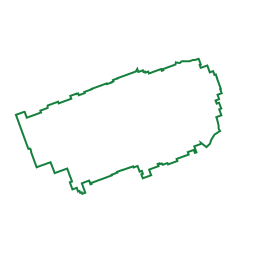 outline of Tammin, Western Australia, Australia, rotated 250°
{"feature_id": "25037944B7078020583356", "entity_name": "Tammin", "entity_type": "district", "adm_level": 2, "iso_a3": "AUS", "parent_name": "Australia", "parent_adm1": "Western Australia", "projection": "orthographic", "projection_center": [117.495, -31.605], "detail": "fine", "context": "isolated", "style": "outline", "palette": "green", "viewbox_px": 256, "rotation_deg": 250, "n_neighbors": 0, "source": "geoboundaries", "source_scale": "gbopen_adm2", "svg_char_len": 4792}
<svg xmlns="http://www.w3.org/2000/svg" viewBox="0 0 256 256"><g transform="rotate(250 128 128)"><path d="M93.7,213.5L95.9,213.0L96.2,213.0L96.9,213.1L98.3,213.6L99.5,214.0L100.5,214.1L101.2,214.2L102.8,214.4L103.8,214.5L104.3,214.5L105.1,214.6L105.6,214.7L105.8,214.7L106.1,214.7L106.9,214.7L107.1,214.7L107.8,214.7L108.0,214.7L108.0,220.1L114.3,220.1L114.4,222.3L116.7,222.2L120.6,222.2L120.6,219.7L123.9,219.7L123.9,221.7L123.9,222.1L123.9,222.6L123.9,222.8L124.0,223.5L124.7,223.5L128.6,223.5L128.6,224.6L128.6,225.4L128.6,225.5L128.6,227.7L128.6,227.9L133.0,227.9L133.0,228.6L144.6,228.6L144.6,228.8L148.3,228.8L148.3,227.4L152.3,227.4L152.3,224.5L152.3,223.9L159.6,223.9L159.6,218.0L159.7,216.9L162.7,216.9L162.7,218.1L168.7,218.1L168.8,218.1L168.9,217.9L168.9,217.6L168.9,217.1L168.9,216.4L168.9,215.1L168.9,214.9L168.9,214.7L169.0,214.5L169.2,213.8L169.5,213.0L169.6,212.5L169.7,212.2L169.7,211.9L169.7,211.5L169.7,210.9L169.7,209.8L169.7,208.9L169.8,208.5L169.8,208.3L169.8,208.2L170.1,207.4L170.5,206.4L170.8,205.6L171.2,204.5L171.5,203.6L171.8,202.8L172.0,202.3L172.2,201.8L172.2,201.6L172.2,201.3L172.2,201.2L172.2,200.9L172.2,200.7L171.9,200.2L171.7,199.8L171.6,199.7L171.5,199.4L171.4,199.2L171.4,198.9L171.5,198.7L171.6,198.4L171.8,198.0L172.0,197.6L172.2,197.3L172.3,197.1L172.5,196.9L172.6,196.4L172.8,196.0L172.9,195.8L173.1,195.5L173.2,195.4L172.8,195.2L172.3,194.8L171.4,194.3L171.4,194.2L171.4,180.9L170.2,180.9L170.2,179.3L172.1,179.3L172.1,171.4L172.1,169.8L172.0,168.1L172.1,166.9L172.1,166.3L174.1,166.3L174.1,163.2L175.3,163.2L175.3,161.7L177.1,161.7L177.1,156.9L180.3,156.9L179.7,156.2L179.2,155.6L178.5,154.7L178.4,154.7L178.4,153.9L178.4,153.7L178.4,153.4L178.4,153.1L178.4,152.9L178.4,152.6L178.4,152.4L178.4,152.2L178.4,151.9L178.4,151.5L178.4,151.3L178.4,151.1L178.4,150.9L178.4,150.7L178.4,150.4L178.4,150.2L178.4,149.9L178.4,149.2L178.4,148.7L178.4,148.2L178.4,147.9L178.4,147.7L178.4,147.4L178.4,147.2L178.4,146.8L178.4,145.7L178.4,145.8L178.4,135.0L178.1,135.0L178.1,134.6L178.2,134.4L178.2,130.3L176.8,130.3L176.8,128.4L176.4,128.4L176.4,123.2L177.2,123.2L177.2,107.1L176.8,107.1L176.8,99.3L175.6,99.3L175.6,98.3L175.6,97.9L175.6,97.3L175.6,96.2L175.6,95.2L175.6,94.0L175.6,93.0L177.5,93.0L177.5,91.2L177.9,91.2L177.9,84.7L174.9,84.7L174.9,74.4L174.8,71.3L176.6,71.3L176.6,71.2L176.6,60.2L175.4,59.7L174.3,59.3L174.3,51.6L173.5,51.6L172.3,51.6L172.3,36.4L174.3,36.4L175.8,36.4L177.4,36.4L178.5,36.4L178.7,35.3L178.7,34.2L178.7,32.9L178.7,31.1L178.7,29.9L178.7,29.5L178.7,27.2L175.3,27.2L172.3,27.2L169.4,27.2L168.0,27.2L166.1,27.2L165.5,27.2L162.8,27.2L159.9,27.2L159.1,27.2L157.8,27.2L156.2,27.2L154.7,27.2L151.6,27.2L149.4,27.2L144.4,27.2L143.0,27.2L142.8,27.2L142.7,27.2L142.6,27.3L142.4,27.4L142.3,27.5L142.3,27.8L142.3,28.5L142.2,28.8L142.0,29.0L141.9,29.1L141.7,29.1L140.8,29.1L139.7,29.1L139.3,29.0L139.0,28.9L138.8,28.8L138.6,28.8L138.4,28.7L137.6,28.7L136.6,28.7L135.6,28.7L135.0,28.7L134.8,28.7L134.7,28.7L133.4,28.7L131.1,28.7L130.5,28.7L130.0,28.7L128.9,28.7L128.4,28.7L127.6,28.7L126.2,28.7L125.1,28.7L124.9,28.7L123.4,28.7L122.6,28.7L122.3,28.7L122.3,29.9L122.4,31.1L122.4,32.5L122.4,33.8L122.4,34.9L122.3,38.2L122.4,39.7L122.3,42.6L122.3,43.5L110.7,43.7L110.7,44.6L110.7,48.7L110.7,50.4L110.7,52.0L110.7,53.5L110.7,54.7L110.7,56.2L110.7,57.0L110.3,57.0L109.4,57.0L107.0,57.0L105.4,57.0L104.2,57.0L101.7,57.0L101.4,57.0L101.1,57.1L100.9,57.1L97.0,57.1L96.9,57.1L96.9,54.8L89.3,54.8L89.3,59.4L85.4,59.3L85.4,60.9L83.4,60.9L83.4,62.5L81.8,62.5L81.8,65.7L91.8,65.7L91.9,73.5L87.9,73.5L87.9,74.6L88.8,74.6L89.0,74.7L88.9,74.8L88.9,76.0L88.9,77.6L89.0,78.8L88.9,79.9L88.9,80.9L89.0,82.2L89.0,82.7L89.0,83.8L88.9,86.6L89.0,89.3L88.9,89.5L88.9,89.9L88.9,90.1L89.0,90.5L89.0,92.3L89.0,96.6L89.7,96.6L89.7,102.6L90.5,102.6L90.5,108.7L90.3,108.7L90.3,116.0L90.2,116.0L90.2,119.7L89.0,119.7L89.0,124.0L83.3,124.0L83.0,124.0L83.0,126.3L79.9,126.3L79.9,124.7L79.3,124.7L79.2,124.7L75.7,124.7L75.7,133.6L81.6,133.6L81.7,134.0L81.7,134.3L81.7,135.2L81.7,135.3L81.7,137.2L81.7,143.6L84.0,143.5L84.0,143.8L84.0,145.5L83.2,145.5L83.1,145.9L83.1,146.0L83.1,147.6L83.0,147.8L82.9,147.9L81.8,147.9L81.7,148.0L81.5,148.3L81.6,152.8L81.5,153.0L81.4,153.1L81.2,153.2L80.4,153.2L80.1,153.2L80.1,153.4L80.1,153.5L80.1,156.7L80.1,159.5L80.1,163.1L82.3,163.1L82.3,175.9L84.9,175.9L84.9,182.3L81.7,182.4L81.7,184.0L88.1,184.0L88.1,191.4L89.2,191.4L88.3,192.0L87.6,192.4L86.6,193.1L85.5,193.7L84.6,194.3L84.0,194.7L83.2,195.2L83.6,196.0L84.7,198.6L84.9,199.1L85.0,199.3L85.1,199.5L85.3,199.7L85.4,199.8L85.8,200.2L86.8,200.9L87.7,201.6L88.4,202.1L88.5,202.2L88.6,202.3L88.9,202.8L89.5,203.5L89.9,204.1L90.7,205.1L91.4,206.0L92.0,206.8L92.2,207.1L92.4,207.6L92.6,208.7L92.8,209.6L93.1,210.8L93.6,212.7L93.7,213.5Z" fill="none" stroke="#15803d" stroke-width="2"/></g></svg>